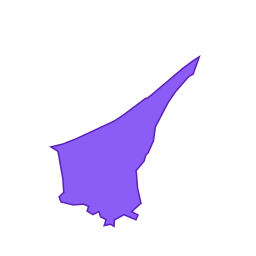 New Hanover, North Carolina, United States of America (Mercator projection), rotated 212°
{"feature_id": "52423323B24644642941407", "entity_name": "New Hanover", "entity_type": "district", "adm_level": 2, "iso_a3": "USA", "parent_name": "United States of America", "parent_adm1": "North Carolina", "projection": "mercator", "projection_center": [-77.907, 34.159], "detail": "fine", "context": "isolated", "style": "filled", "palette": "violet", "viewbox_px": 256, "rotation_deg": 212, "n_neighbors": 0, "source": "geoboundaries", "source_scale": "gbopen_adm2", "svg_char_len": 729}
<svg xmlns="http://www.w3.org/2000/svg" viewBox="0 0 256 256"><g transform="rotate(212 128 128)"><path d="M72.6,54.4L73.5,59.6L80.6,58.9L77.1,71.1L87.6,81.6L96.7,93.8L98.5,96.0L96.8,108.6L98.5,113.9L97.8,117.9L99.6,130.5L105.4,143.6L107.5,170.9L107.0,183.8L103.7,204.0L101.3,208.2L105.3,226.2L108.6,219.2L113.0,208.0L126.1,167.0L127.5,163.7L128.9,162.2L139.0,136.0L143.4,126.6L166.2,91.5L166.4,91.2L174.9,79.7L183.4,71.1L175.2,71.1L170.7,66.6L170.6,66.2L156.5,50.6L148.4,39.4L150.0,33.0L145.6,29.8L133.8,33.7L125.5,39.7L119.9,40.7L118.7,35.9L111.9,36.0L108.3,41.7L104.2,38.1L98.0,38.7L96.5,32.6L91.8,37.1L87.7,37.2L90.8,42.8L85.5,52.3L82.2,52.8L81.8,52.9L72.6,54.4Z" fill="#8b5cf6" stroke="#5b21b6" stroke-width="1.5"/></g></svg>